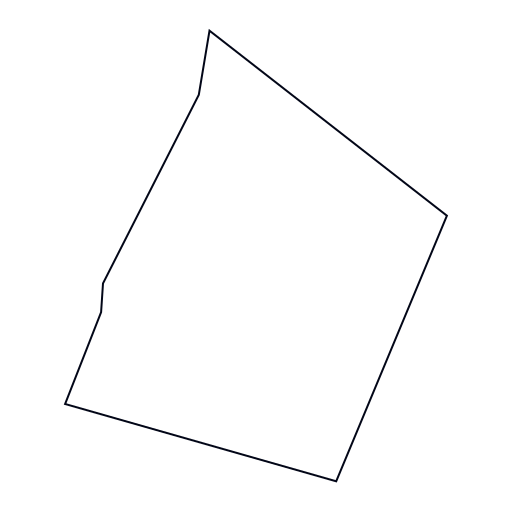 Bacolod, Natural Earth projection
{"feature_id": "PHL-5525", "entity_name": "Bacolod", "entity_type": "Highly Urbanized City", "adm_level": 1, "iso_a3": "PHL", "parent_name": "Philippines", "parent_adm1": "", "projection": "natural_earth1", "projection_center": [122.969, 10.668], "detail": "fine", "context": "isolated", "style": "outline", "palette": "ink", "viewbox_px": 512, "rotation_deg": 0, "n_neighbors": 0, "source": "natural_earth", "source_scale": "10m", "svg_char_len": 219}
<svg xmlns="http://www.w3.org/2000/svg" viewBox="0 0 512 512"><path d="M65.1,404.0L101.1,312.2L103.0,283.4L198.8,94.8L209.5,30.7L446.9,215.7L336.2,481.3L65.1,404.0Z" fill="none" stroke="#020617" stroke-width="2"/></svg>